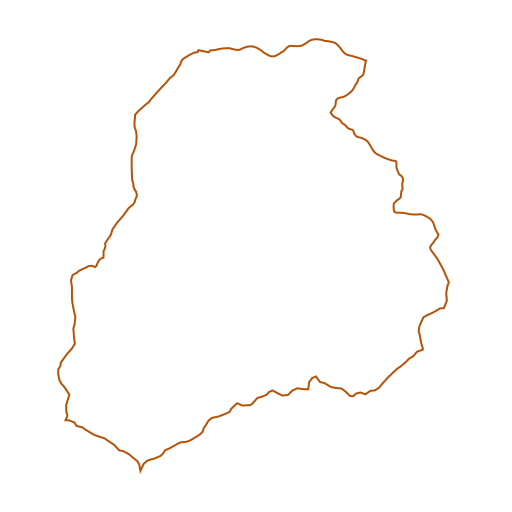 outline of Lajab, Daga, Bhutan, rotated 272°
{"feature_id": "84629894B88322725559269", "entity_name": "Lajab", "entity_type": "district", "adm_level": 2, "iso_a3": "BTN", "parent_name": "Bhutan", "parent_adm1": "Daga", "projection": "mercator", "projection_center": [90.018, 27.095], "detail": "fine", "context": "isolated", "style": "outline", "palette": "amber", "viewbox_px": 512, "rotation_deg": 272, "n_neighbors": 0, "source": "geoboundaries", "source_scale": "gbopen_adm2", "svg_char_len": 5329}
<svg xmlns="http://www.w3.org/2000/svg" viewBox="0 0 512 512"><g transform="rotate(272 256 256)"><path d="M85.2,71.4L85.3,74.8L83.2,80.4L79.8,82.7L78.8,88.3L76.5,91.7L74.2,95.7L71.6,100.6L70.4,104.2L68.5,111.0L66.3,114.3L62.4,120.7L57.0,126.0L56.2,130.5L53.5,135.9L50.3,139.9L46.8,144.6L43.6,146.6L37.3,148.0L44.4,151.0L47.5,154.3L48.9,157.5L49.9,161.3L52.9,167.6L55.5,170.1L58.7,171.9L60.8,176.4L65.0,183.2L67.1,187.0L67.8,192.6L69.2,196.4L75.5,206.0L78.3,208.7L82.3,209.9L85.6,212.0L89.8,214.3L92.6,217.5L94.4,224.4L96.7,229.9L99.3,235.1L102.5,236.6L105.8,239.9L108.2,242.3L106.1,247.5L106.7,255.4L108.4,257.6L114.1,262.2L116.2,268.3L117.7,271.4L120.7,274.0L122.2,277.2L118.9,283.9L117.4,287.5L118.4,293.0L122.9,297.1L125.3,302.1L124.7,306.2L124.5,312.8L132.0,313.6L136.0,316.4L137.7,320.0L132.2,324.5L131.5,328.6L127.6,335.7L127.0,339.8L126.5,346.2L123.4,350.5L119.3,355.1L119.3,358.0L122.0,360.7L123.2,365.1L121.6,370.2L125.2,374.9L125.9,379.6L128.8,383.7L133.7,387.4L137.0,390.3L139.7,392.5L141.8,394.7L142.8,395.6L144.7,397.4L146.1,398.9L148.4,401.2L150.7,404.4L154.8,409.0L158.7,412.5L161.5,416.8L165.9,420.2L168.3,426.0L170.1,425.8L174.8,424.1L179.0,423.2L183.5,422.2L186.8,421.1L188.7,421.4L191.5,421.8L196.6,423.7L200.7,425.6L203.1,429.7L204.9,433.4L207.5,437.9L210.1,441.8L210.3,445.5L218.0,448.3L225.4,447.4L232.4,448.3L236.5,449.6L250.0,443.1L259.6,437.3L267.7,430.9L268.8,430.2L270.8,429.7L272.2,430.3L273.7,431.2L274.8,432.3L277.1,433.6L278.9,434.9L281.1,436.8L284.0,437.5L285.5,436.4L287.4,435.3L289.7,434.1L292.6,433.0L295.5,432.0L297.3,430.6L298.5,429.5L299.4,428.7L300.5,426.5L301.2,425.6L302.6,422.5L303.2,420.6L303.5,419.2L303.0,414.4L303.0,412.2L303.1,408.5L303.5,406.2L304.2,402.0L304.3,399.6L304.3,397.8L304.2,395.8L304.2,394.5L305.1,392.7L306.2,392.3L307.5,392.0L309.3,391.9L310.8,391.8L312.5,391.8L314.3,392.6L315.1,393.5L316.0,394.4L317.2,395.6L317.7,396.6L318.5,397.4L319.4,398.4L321.4,398.7L322.8,398.8L323.9,398.9L325.8,399.0L327.3,399.9L329.2,400.1L330.8,399.7L332.6,399.8L334.1,399.6L336.3,400.4L338.8,400.1L340.3,399.2L341.2,398.4L342.2,396.7L343.5,395.7L345.2,395.0L346.8,394.2L348.7,393.4L350.2,393.3L353.4,393.1L354.6,393.0L355.9,392.1L356.0,389.6L356.5,387.6L357.3,384.7L358.6,380.9L361.5,374.6L361.9,373.4L362.9,372.0L364.6,370.2L367.2,368.3L369.3,367.0L372.5,364.9L374.0,363.8L375.8,361.7L376.5,360.1L377.4,358.1L378.6,353.2L379.2,352.0L380.5,350.8L381.5,350.1L384.8,348.7L385.5,347.7L385.9,346.4L386.5,344.2L387.5,342.8L388.7,341.6L390.3,340.1L391.4,337.9L392.3,336.9L393.9,336.0L395.3,334.7L396.1,333.3L397.1,330.7L398.3,328.7L400.0,327.0L402.0,325.5L403.0,326.2L404.9,327.3L406.9,328.7L408.4,329.8L410.1,330.2L411.6,330.3L413.7,330.5L414.8,330.8L415.7,331.5L416.5,332.5L417.5,335.4L417.8,337.1L418.6,339.0L420.8,342.2L422.5,344.2L423.3,344.9L424.8,346.4L425.7,347.0L427.6,348.1L429.7,349.1L431.4,349.9L432.3,350.7L433.9,351.4L436.2,352.1L437.3,352.6L438.0,353.4L439.1,355.0L440.6,356.6L441.9,357.1L444.2,357.5L446.7,357.8L448.7,358.0L455.1,359.1L455.3,358.1L455.8,357.0L456.2,355.8L456.7,354.5L457.3,352.5L457.8,350.7L458.2,349.0L459.0,346.0L459.7,342.6L460.3,340.0L461.3,338.0L462.3,336.9L464.0,335.2L465.9,333.7L467.8,332.2L469.3,330.7L470.8,329.0L471.9,327.2L472.3,325.5L472.7,323.5L473.1,321.3L473.3,319.0L473.3,317.2L473.8,316.0L474.4,313.8L474.7,311.1L474.7,309.2L474.7,307.5L474.5,306.0L473.5,302.9L472.8,301.8L472.1,300.7L471.2,299.6L470.0,297.9L469.3,296.8L467.8,294.4L467.5,293.2L467.1,290.1L467.1,286.6L467.2,284.6L467.2,283.4L467.0,281.8L465.0,279.3L463.3,277.9L461.1,275.7L460.5,274.2L459.2,272.8L457.8,270.5L456.5,268.1L456.1,266.3L456.1,264.2L457.0,261.4L458.1,259.5L459.9,256.2L461.1,254.8L462.3,253.0L463.4,250.7L464.1,249.6L465.3,245.8L465.3,243.8L465.2,241.8L464.8,239.8L464.2,238.0L463.3,235.6L462.5,234.3L461.5,232.3L461.3,230.3L461.4,228.8L461.6,227.3L462.3,224.2L462.7,222.5L462.7,220.7L462.5,218.3L462.4,216.7L461.8,213.0L461.3,211.1L460.5,208.0L460.3,206.9L460.1,205.3L459.7,202.9L457.9,201.6L459.7,191.2L457.6,190.5L457.3,187.5L456.2,185.5L454.4,182.1L452.7,179.7L451.3,177.5L449.9,175.8L448.1,174.6L444.7,173.6L441.4,171.5L436.9,169.2L433.8,167.2L432.2,165.5L431.1,164.0L426.0,160.0L420.5,155.1L414.8,150.3L409.2,145.7L405.8,143.3L404.0,141.0L400.0,136.7L396.6,133.3L392.9,130.2L389.9,130.2L385.6,129.9L381.0,130.1L376.3,131.8L371.8,132.5L368.0,132.5L365.6,132.4L363.5,132.3L359.8,131.3L356.2,130.2L354.0,129.3L351.8,128.4L347.0,128.4L341.8,128.6L335.5,129.0L331.5,129.3L327.7,129.6L323.5,131.0L321.5,131.0L318.3,132.3L316.1,133.9L313.1,134.8L311.1,134.6L307.9,133.3L305.7,132.9L302.8,131.0L301.1,128.8L299.0,126.7L295.7,124.7L294.5,123.6L292.3,122.3L283.6,115.4L281.0,113.9L278.7,112.3L277.5,111.6L272.5,110.3L270.3,109.2L268.0,107.6L263.3,104.7L262.1,105.1L259.4,105.0L257.5,104.4L255.5,103.5L251.9,103.6L249.1,103.6L248.0,101.2L246.7,99.6L244.7,98.5L242.3,97.4L240.5,96.8L239.3,95.4L240.4,92.8L240.4,91.3L239.9,88.7L238.6,86.6L237.5,84.3L235.0,79.6L232.8,77.3L230.6,73.4L225.3,71.9L218.2,73.2L214.1,73.3L208.4,73.5L203.4,74.0L194.1,76.1L189.1,77.5L184.7,77.4L181.3,77.0L177.0,76.0L171.0,76.7L166.0,77.3L162.1,78.1L157.0,75.2L151.8,70.8L146.5,67.2L142.8,64.7L139.2,64.3L135.9,62.4L131.2,62.4L125.1,63.9L121.5,66.0L118.9,68.6L114.5,71.9L110.7,74.3L104.6,72.6L100.5,71.5L94.0,71.8L89.8,73.1L85.2,71.4Z" fill="none" stroke="#b45309" stroke-width="2"/></g></svg>